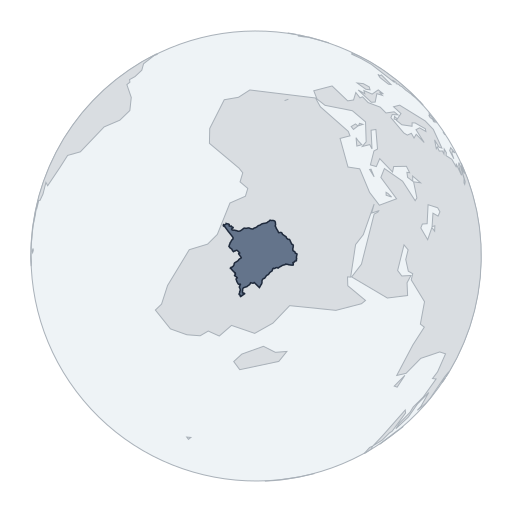 globe centered on Democratic Republic of the Congo, rotated 53°
{"feature_id": "COD", "entity_name": "Democratic Republic of the Congo", "entity_type": "country or territory", "adm_level": 0, "iso_a3": "COD", "parent_name": "Africa", "parent_adm1": "", "projection": "orthographic", "projection_center": [23.721, -4.071], "detail": "fine", "context": "on_globe", "style": "filled", "palette": "slate", "viewbox_px": 512, "rotation_deg": 53, "n_neighbors": 0, "source": "natural_earth", "source_scale": "50m", "svg_char_len": 11413}
<svg xmlns="http://www.w3.org/2000/svg" viewBox="0 0 512 512"><g transform="rotate(53 256 256)"><circle cx="256" cy="256" r="225" fill="#eef3f6" stroke="#a8b0b8"/><path d="M129.6,69.5L123.5,74.2L120.1,76.8L112.8,82.1L112.5,82.3L129.6,69.5ZM99.5,94.0L99.7,93.7L103.2,90.5L100.3,93.3L97.0,96.4L99.5,94.0ZM34.6,214.3L35.3,213.0L34.6,216.1L34.8,230.1L38.9,235.4L39.9,244.7L39.0,250.8L41.3,252.1L41.4,256.0L54.3,260.2L63.9,269.2L65.6,283.0L61.5,299.6L67.1,333.6L62.3,345.9L67.4,359.6L74.5,380.1L70.8,379.5L78.3,388.8L81.6,395.0L80.9,396.0L86.4,402.8L86.2,403.4L90.3,407.4L98.3,416.6L105.7,423.3L113.6,430.5L118.5,434.2L118.4,434.3L120.5,436.0L123.5,438.2L122.7,437.6L110.3,427.8L98.6,417.2L87.7,405.7L77.6,393.6L68.4,380.7L60.1,367.2L52.8,353.2L46.4,338.7L41.2,323.8L36.9,308.5L33.8,293.0L31.7,277.3L30.8,261.5L31.0,245.7L32.2,229.9L34.6,214.3ZM123.7,438.3L124.3,438.8L119.4,435.0L125.9,439.2L128.8,441.7L124.5,438.9L123.7,438.3ZM117.4,431.8L115.8,429.5L117.5,430.5L118.9,432.4L117.4,431.8ZM465.1,172.2L465.5,173.3L466.9,177.0L464.4,171.5L466.0,178.0L474.5,202.6L475.9,209.3L476.3,220.0L475.4,214.9L469.0,200.2L471.3,216.0L476.3,231.4L478.1,248.3L475.8,241.8L473.5,227.0L471.2,221.3L469.3,207.4L462.6,186.2L460.1,188.8L457.8,180.7L448.2,163.5L443.2,167.0L436.9,186.0L440.0,206.8L436.1,215.5L421.4,184.2L414.1,164.4L409.3,165.7L393.9,148.9L368.5,146.4L364.5,141.5L359.8,143.5L348.9,138.5L342.6,130.8L336.2,131.1L352.8,151.6L359.7,151.6L364.8,144.0L368.3,151.5L378.8,158.7L368.6,176.4L330.3,192.2L326.0,176.7L293.6,136.4L294.3,132.2L294.1,131.7L293.7,130.8L291.3,137.8L285.6,130.4L303.5,157.4L306.8,169.6L329.8,193.1L327.8,195.5L335.0,200.6L357.4,195.3L357.6,200.5L347.5,224.9L315.9,259.0L319.8,282.9L317.0,303.6L296.7,317.3L297.8,333.5L287.2,339.3L286.1,348.6L277.3,358.6L262.7,368.2L238.6,368.9L237.6,360.4L226.3,344.3L210.8,305.5L217.4,287.5L215.5,273.9L198.0,244.9L201.9,228.5L197.1,221.9L187.2,224.1L181.6,216.5L175.6,216.7L138.0,225.4L126.3,216.2L112.1,187.3L118.7,174.5L119.7,161.0L165.6,113.4L175.6,114.8L212.0,107.3L216.6,108.6L212.7,118.1L240.3,129.0L248.8,120.7L273.5,127.0L289.7,126.9L294.9,109.3L268.4,109.0L263.4,100.8L284.5,93.9L307.6,95.6L306.5,92.6L291.6,85.5L296.6,80.5L286.4,82.8L290.7,85.8L284.4,87.6L280.0,85.1L282.0,83.2L274.9,81.9L267.4,92.2L271.1,96.4L252.7,98.6L257.0,106.1L252.1,109.8L243.1,98.6L243.7,94.6L227.1,84.1L224.8,88.4L240.3,98.9L235.5,98.1L232.5,105.2L231.1,99.3L214.8,87.8L198.0,91.6L177.2,110.2L167.3,112.8L158.8,110.4L166.0,92.9L187.3,89.4L190.1,84.2L185.5,77.9L192.3,77.8L193.0,75.1L201.0,74.1L211.9,67.2L220.0,66.1L224.0,58.9L228.7,57.7L225.0,62.1L226.7,65.0L246.7,63.9L250.5,62.4L251.5,58.1L256.9,58.8L255.2,54.8L266.6,53.4L251.4,52.2L252.1,48.2L258.8,45.4L256.3,44.2L245.4,48.9L243.6,51.2L246.3,53.3L238.9,60.6L232.1,62.2L229.5,54.5L219.6,56.3L222.0,50.5L249.9,39.6L261.6,38.2L281.7,42.6L279.2,44.4L270.7,43.5L278.8,47.4L278.0,45.6L282.5,46.5L284.3,43.9L287.6,44.5L283.8,41.3L288.0,41.8L290.3,43.8L296.6,41.4L305.3,42.5L305.1,41.7L302.5,40.6L315.2,43.3L314.5,42.7L310.1,41.5L305.9,39.7L303.4,37.8L308.0,38.8L309.5,39.6L319.5,43.3L322.8,45.9L324.4,46.2L322.6,44.2L310.4,39.7L307.6,38.3L313.8,40.2L311.4,39.4L311.4,39.1L315.7,39.9L309.1,37.9L305.1,36.1L321.3,40.4L337.2,45.9L352.7,52.5L367.6,60.3L381.9,69.2L395.4,79.1L408.2,89.9L420.2,101.8L431.2,114.4L441.3,127.9L450.3,142.1L458.3,156.9L465.1,172.2ZM150.3,135.8L149.1,139.7L150.3,135.8ZM332.8,107.5L346.3,109.1L339.1,98.4L343.7,98.4L339.5,95.0L338.5,97.7L328.3,88.9L333.7,86.6L331.4,82.5L326.8,81.9L318.6,87.7L333.2,99.9L330.6,103.9L332.8,107.5ZM35.4,212.8L35.2,215.1L34.8,215.4L35.4,212.8ZM110.3,85.4L105.5,90.1L107.9,87.4L104.8,89.9L106.0,88.0L118.5,78.0L112.6,82.6L110.3,85.4ZM189.1,63.8L191.9,64.9L189.0,67.9L178.7,71.1L182.9,66.6L189.1,63.8ZM196.6,65.8L196.9,58.4L203.3,56.7L199.6,58.8L203.8,58.4L199.1,61.8L204.8,68.2L202.6,71.4L184.9,74.5L191.9,71.4L188.8,70.3L196.6,65.8ZM186.6,48.5L186.8,46.9L200.3,45.0L198.5,46.8L188.2,49.6L184.3,49.3L186.6,48.5ZM235.2,31.7L236.0,31.7L230.8,32.1L236.0,31.9L229.4,32.6L230.4,32.6L225.8,33.3L221.9,34.4L218.9,34.8L218.7,35.1L215.6,35.9L214.3,36.5L208.5,37.6L206.4,38.7L204.8,38.7L202.8,40.3L201.6,39.7L197.5,41.1L200.9,40.9L172.2,48.6L161.2,53.4L152.5,58.1L151.7,57.3L159.2,52.9L170.7,47.5L181.5,43.5L179.1,44.2L183.6,42.7L185.3,42.1L201.6,37.4L218.3,33.9L235.2,31.7ZM221.7,104.9L225.2,105.1L230.8,104.5L228.9,109.3L221.7,104.9ZM210.4,97.1L213.5,96.3L213.6,102.0L209.9,102.1L210.4,97.1ZM215.2,91.4L213.7,95.8L212.3,93.5L215.2,91.4ZM227.9,61.4L231.3,60.7L231.7,61.7L229.8,63.3L227.9,61.4ZM250.1,33.6L247.5,33.3L248.5,33.1L246.7,32.1L251.4,31.9L254.4,32.4L250.1,33.6ZM290.5,112.2L285.8,115.5L283.4,113.8L285.4,113.0L290.5,112.2ZM255.9,111.9L263.9,114.0L255.3,113.2L255.9,111.9ZM254.9,33.2L253.7,32.7L256.8,33.0L254.9,33.2ZM254.8,31.8L258.5,31.9L251.8,31.8L254.8,31.8ZM361.7,417.2L361.8,420.3L358.9,420.3L361.7,417.2ZM353.9,301.2L337.0,337.4L326.9,337.3L325.8,326.4L332.6,304.4L344.6,298.5L350.8,288.8L353.9,301.2ZM478.9,288.5L478.2,284.9L477.3,280.5L478.1,277.0L479.5,280.5L479.2,286.8L478.9,288.5ZM478.0,276.7L475.8,263.6L468.8,229.5L471.4,231.0L477.9,252.8L477.6,255.9L479.0,265.9L478.0,276.7ZM480.8,270.7L480.8,269.2L480.6,266.5L480.5,253.0L480.6,247.0L480.9,248.0L480.8,241.0L480.8,270.7ZM440.9,208.9L445.7,222.2L443.1,223.9L440.9,208.9ZM469.0,183.1L468.8,183.3L467.7,180.1L467.3,178.1L469.0,183.1ZM293.5,35.0L290.7,36.1L291.8,37.7L297.4,39.5L288.4,37.9L286.7,35.4L293.5,35.0ZM273.0,32.0L271.8,32.2L269.3,31.9L273.0,32.0ZM441.1,384.4L442.3,382.6L446.5,376.3L458.3,354.8L458.0,355.7L464.2,341.9L465.0,340.1L458.1,355.5L450.2,370.3L441.1,384.4Z" fill="#d9dde1" stroke="#a8b0b8" stroke-width="1"/><path d="M283.3,272.3L276.4,273.3L276.1,273.4L276.2,273.8L276.2,274.2L276.0,274.6L275.7,275.0L275.2,275.5L274.1,276.3L274.1,276.5L274.7,277.4L274.9,278.1L275.0,278.7L274.9,280.6L274.9,280.9L275.0,281.5L275.0,281.9L274.6,282.5L274.5,283.0L274.0,284.6L273.8,285.1L274.1,286.0L274.3,286.4L274.7,286.8L275.4,287.3L275.7,287.6L276.5,288.5L277.6,288.7L277.9,288.8L278.1,288.8L278.2,288.7L278.2,288.4L278.1,288.2L278.4,287.9L278.9,287.9L279.1,287.8L279.3,287.8L279.2,292.5L279.1,292.8L278.9,292.8L278.6,292.7L278.6,292.2L278.4,292.1L278.0,292.1L277.6,292.3L277.1,292.5L276.9,292.6L276.6,292.6L276.2,292.5L276.0,292.2L275.9,291.9L275.3,291.0L275.0,290.5L274.7,290.5L274.5,290.4L274.3,290.0L274.2,289.6L274.0,289.1L273.8,289.0L271.9,288.2L271.5,288.2L271.1,288.2L270.8,288.0L270.6,287.9L270.2,286.9L269.5,286.3L269.4,285.6L269.2,285.5L268.8,285.6L268.4,286.7L268.3,286.8L268.2,286.9L267.9,287.0L267.6,287.0L267.1,287.0L266.1,286.8L264.9,286.7L264.5,286.5L264.2,286.4L263.3,286.1L262.9,286.1L262.7,285.9L262.3,285.6L262.2,285.3L262.0,284.8L262.1,284.5L262.2,284.1L261.9,284.0L261.6,284.1L260.5,284.3L259.7,284.6L259.1,284.9L258.9,284.9L258.5,284.8L258.4,284.6L258.5,284.4L258.6,284.2L258.5,283.7L258.3,283.5L257.8,283.3L257.6,283.3L257.5,283.0L257.4,282.8L256.9,282.7L256.8,282.8L256.7,283.0L256.4,283.2L255.9,283.2L255.4,283.1L255.0,283.1L254.8,283.1L253.8,283.5L253.5,283.5L252.5,283.5L251.9,283.4L251.5,283.4L251.2,283.5L250.9,283.8L250.6,284.0L250.4,283.9L250.2,283.7L250.2,283.2L250.0,282.8L250.1,282.5L250.4,282.3L250.5,282.0L250.4,281.4L250.4,281.0L250.5,280.8L250.4,280.3L250.1,279.4L249.7,278.7L249.1,278.2L248.8,277.7L248.6,277.2L248.7,276.0L248.9,274.2L248.9,272.8L248.5,271.9L248.4,270.9L248.6,269.9L248.7,269.2L248.5,268.8L248.4,268.8L248.3,268.7L246.1,268.6L243.9,268.6L243.7,268.5L243.6,268.3L243.6,268.0L243.8,267.3L243.8,267.2L243.4,267.2L241.0,267.5L240.2,267.7L239.7,268.1L239.5,268.7L239.5,269.1L239.5,269.4L239.2,269.7L239.1,270.1L239.0,271.4L238.2,271.5L237.4,271.5L237.2,271.5L236.3,271.2L235.9,271.2L235.6,271.4L234.5,271.6L233.9,271.9L233.4,271.8L232.9,271.8L232.1,271.9L230.8,270.1L230.5,269.4L230.1,269.0L229.8,268.6L229.7,268.2L229.7,267.9L229.5,267.4L229.1,266.7L228.8,266.1L228.7,265.6L228.6,265.1L228.7,264.7L228.6,264.3L228.4,264.2L228.3,263.9L228.0,263.6L227.6,263.3L227.1,263.2L224.8,263.2L221.1,263.3L220.7,263.3L219.7,263.4L218.6,263.3L217.3,263.3L216.8,263.3L215.7,263.3L215.0,263.3L214.6,263.3L214.3,263.2L213.8,263.3L213.5,263.4L213.1,263.7L212.5,263.9L212.2,263.9L211.7,263.5L211.4,263.1L211.4,262.9L212.3,262.8L212.4,262.7L212.4,261.6L212.4,260.5L212.3,260.4L212.2,260.3L212.1,260.2L212.7,259.9L213.0,259.6L213.6,258.9L214.5,258.6L214.6,258.4L214.8,258.4L215.1,258.8L215.7,259.2L215.8,259.3L216.4,258.9L216.8,258.8L216.9,258.7L216.9,258.4L217.0,257.8L217.2,257.7L217.5,257.8L217.8,257.9L218.3,257.6L218.6,257.5L218.9,257.3L219.3,257.1L219.5,257.1L219.8,257.6L219.5,258.2L219.6,258.6L219.7,259.2L219.9,259.3L220.0,259.3L220.3,259.3L220.5,259.4L220.8,259.4L221.1,259.2L221.6,258.7L222.4,257.7L223.0,257.1L223.5,256.9L223.8,256.6L224.0,256.2L224.3,256.0L224.9,255.8L225.3,255.6L225.8,254.9L226.4,253.8L226.6,252.0L226.5,249.1L226.6,248.7L226.8,248.4L227.4,247.8L227.9,247.4L228.2,246.8L228.8,245.5L229.2,244.9L229.5,244.6L230.1,244.3L230.7,244.0L231.8,243.1L232.6,242.2L232.5,241.2L232.7,240.3L233.1,239.2L233.3,238.0L233.1,236.7L233.2,235.7L233.8,234.1L233.8,233.3L233.8,232.2L234.4,230.6L235.5,228.6L236.0,227.1L235.9,225.7L236.1,224.6L236.0,224.0L235.8,223.4L235.9,223.1L236.3,222.9L236.9,222.4L237.8,221.0L238.8,220.3L239.5,220.0L240.2,220.1L240.7,220.2L240.9,220.4L241.4,220.7L242.3,221.2L243.0,221.7L243.3,222.3L243.6,222.6L244.0,222.7L244.5,222.7L245.2,222.8L245.8,223.1L246.2,223.2L246.4,223.1L246.7,223.2L247.4,223.4L248.0,223.3L248.9,223.4L250.9,223.9L251.1,223.8L251.2,223.6L251.7,222.6L252.0,222.1L252.2,221.9L252.6,221.6L253.1,221.5L253.6,221.5L254.4,221.8L254.8,221.8L255.2,221.6L255.8,221.4L256.5,221.2L257.1,221.0L258.3,220.5L258.8,220.4L260.1,220.8L260.9,220.6L261.3,220.6L262.0,220.4L262.1,220.2L262.6,219.5L263.1,219.3L263.8,219.4L265.6,219.8L267.4,220.2L268.1,220.3L268.3,220.2L268.9,219.8L269.1,219.7L269.3,219.7L270.4,220.1L270.6,220.4L270.8,220.6L271.4,221.1L271.7,221.4L271.9,221.9L272.1,222.1L272.4,222.2L272.7,222.3L272.8,222.6L273.1,222.8L273.5,223.1L274.0,223.1L274.4,223.2L274.8,223.0L275.3,222.7L275.6,222.5L276.4,222.5L276.9,222.7L277.3,222.9L277.5,222.9L278.2,222.5L278.5,222.1L278.8,222.0L279.3,222.2L279.7,222.6L280.1,223.2L280.7,223.8L281.3,224.5L282.2,224.9L282.6,225.1L282.7,225.3L282.7,225.6L282.8,225.8L283.3,225.9L283.5,226.0L283.9,226.5L284.1,226.6L284.1,226.8L283.8,227.3L283.6,227.8L283.5,228.2L283.8,228.5L283.9,228.8L283.9,229.0L283.6,229.6L283.5,230.2L283.5,230.5L283.9,230.7L284.4,230.7L284.5,230.9L284.7,231.1L284.8,231.2L285.1,231.2L285.2,231.3L285.3,231.4L285.6,231.7L285.5,232.0L285.1,232.6L284.3,233.5L282.5,235.3L281.9,235.5L281.6,235.8L281.4,236.3L280.8,236.7L280.4,236.9L280.4,237.0L280.3,237.5L280.4,238.1L280.2,238.5L279.8,239.4L279.7,239.5L279.5,240.3L279.4,240.5L279.2,241.8L279.3,242.2L279.1,242.8L279.1,243.2L279.0,243.6L278.9,243.9L279.0,245.5L278.8,245.6L278.6,245.9L278.3,246.0L278.1,246.0L277.5,246.8L277.3,247.2L277.2,247.4L277.3,248.4L277.2,248.7L277.1,248.8L276.2,249.5L276.3,250.1L276.3,250.4L276.4,250.6L276.8,250.8L276.8,251.1L277.3,251.7L277.6,252.1L277.6,252.4L277.5,253.3L277.5,253.7L277.5,255.1L277.6,255.4L278.0,256.2L278.1,257.0L278.2,257.6L278.2,257.8L277.9,259.1L277.9,259.3L278.0,259.7L278.5,261.0L278.7,261.7L278.9,262.3L279.0,262.6L278.9,262.8L278.5,263.5L278.5,263.8L278.6,264.3L278.7,264.9L279.3,266.1L279.7,266.4L280.3,266.8L280.9,267.3L281.3,267.8L281.7,268.4L281.9,268.9L282.0,269.4L283.2,272.0L283.3,272.3Z" fill="#64748b" stroke="#1e293b" stroke-width="1.5"/></g></svg>